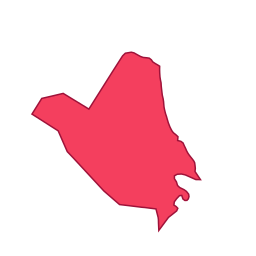 Porto do Mangue, Rio Grande do Norte, Brazil (Albers equal-area conic projection), rotated 32°
{"feature_id": "56859067B16993578241880", "entity_name": "Porto do Mangue", "entity_type": "district", "adm_level": 2, "iso_a3": "BRA", "parent_name": "Brazil", "parent_adm1": "Rio Grande do Norte", "projection": "albers", "projection_center": [-36.799, -5.074], "detail": "fine", "context": "isolated", "style": "filled", "palette": "rose", "viewbox_px": 256, "rotation_deg": 32, "n_neighbors": 0, "source": "geoboundaries", "source_scale": "gbopen_adm2", "svg_char_len": 1368}
<svg xmlns="http://www.w3.org/2000/svg" viewBox="0 0 256 256"><g transform="rotate(32 128 128)"><path d="M85.2,69.7L85.0,87.9L84.8,132.7L54.7,133.0L46.3,141.5L39.2,148.6L39.2,155.1L39.2,167.1L70.3,167.4L89.0,180.2L97.2,182.3L141.0,194.2L161.4,197.4L170.1,193.3L181.9,187.8L184.4,186.5L194.6,181.8L201.0,187.9L202.5,189.8L204.2,192.4L208.4,198.5L209.7,182.3L211.8,176.5L213.2,172.5L212.8,169.7L210.5,169.1L207.7,169.0L206.4,166.0L206.7,162.1L207.5,158.1L209.3,156.7L212.2,159.1L214.6,159.3L216.3,158.2L216.7,156.2L216.1,153.9L214.5,152.0L211.2,150.8L208.2,150.6L203.4,151.1L200.5,150.5L197.6,148.0L194.2,146.4L192.7,143.9L194.3,141.1L197.7,138.7L201.5,137.4L212.8,135.8L216.8,133.4L207.9,129.4L206.5,126.6L204.5,124.0L202.9,122.1L201.2,121.1L199.2,120.3L196.6,119.4L193.9,118.4L191.9,117.5L189.8,116.3L187.8,114.9L185.1,113.2L182.6,111.5L179.9,111.3L176.7,112.3L175.0,108.9L171.9,108.3L169.1,108.0L167.1,107.3L165.3,106.3L163.0,104.9L161.4,103.7L159.4,102.2L156.8,99.9L154.6,97.9L152.4,96.1L150.8,94.6L149.1,92.9L147.5,91.2L145.9,89.1L144.2,86.8L142.3,84.6L139.6,81.9L137.6,79.4L135.6,76.9L133.8,74.6L132.1,72.2L130.0,70.0L128.0,67.7L125.7,64.5L123.9,61.8L122.1,58.8L119.7,58.8L116.9,58.9L113.9,58.8L111.7,57.8L109.0,57.5L106.5,58.6L103.5,60.1L100.8,60.7L97.9,60.9L93.3,61.1L90.6,62.0L86.1,66.0L85.2,69.7Z" fill="#f43f5e" stroke="#9f1239" stroke-width="1.5"/></g></svg>